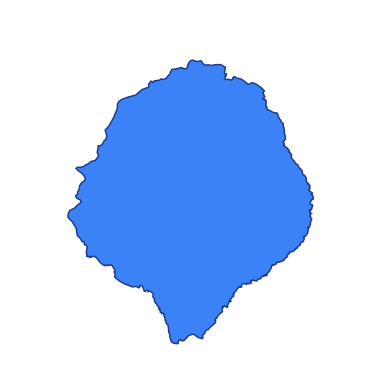 the district of Gaua, Torba, Vanuatu, rotated 313°
{"feature_id": "77236927B45015777626882", "entity_name": "Gaua", "entity_type": "district", "adm_level": 2, "iso_a3": "VUT", "parent_name": "Vanuatu", "parent_adm1": "Torba", "projection": "orthographic", "projection_center": [167.515, -14.284], "detail": "fine", "context": "isolated", "style": "filled", "palette": "blue", "viewbox_px": 384, "rotation_deg": 313, "n_neighbors": 0, "source": "geoboundaries", "source_scale": "gbopen_adm2", "svg_char_len": 5994}
<svg xmlns="http://www.w3.org/2000/svg" viewBox="0 0 384 384"><g transform="rotate(313 192 192)"><path d="M224.4,84.7L218.1,80.7L213.7,78.4L211.3,77.4L208.0,76.8L205.4,77.6L201.7,80.7L192.4,84.1L183.7,86.2L178.0,86.3L174.9,91.6L171.4,93.2L169.8,92.7L167.1,93.6L164.9,93.8L163.2,93.2L161.5,91.9L159.1,94.2L157.9,94.6L156.2,95.9L154.6,99.1L150.6,99.6L148.7,99.6L145.7,97.5L141.6,96.8L138.3,95.5L136.6,95.4L134.3,93.8L131.8,91.2L130.1,91.2L130.0,94.3L130.6,98.8L130.3,101.4L129.6,103.9L128.2,105.6L123.1,104.9L120.2,105.5L116.8,107.7L114.1,108.3L112.6,109.6L109.7,109.6L108.8,112.0L110.0,115.4L109.3,117.7L107.5,117.8L104.9,117.2L99.7,117.0L95.2,115.2L91.7,116.2L89.1,118.4L88.4,123.0L88.7,124.9L87.9,126.7L86.6,131.9L81.9,137.8L81.9,142.5L80.7,145.3L81.7,146.3L81.9,147.6L80.9,148.2L80.1,149.4L81.0,150.5L80.6,152.6L75.6,156.1L73.4,158.8L73.7,159.0L73.4,159.2L73.8,160.2L74.2,160.2L74.7,161.3L75.8,161.9L74.9,162.1L78.2,164.1L78.6,165.8L78.8,166.7L77.8,173.4L78.3,178.0L79.4,178.1L79.5,179.1L80.0,179.8L81.4,180.5L81.5,181.4L83.3,181.9L83.7,183.8L82.4,188.6L81.7,189.5L81.1,189.8L80.4,189.6L80.5,190.4L79.4,191.8L77.2,193.4L77.0,195.1L77.6,200.6L78.9,205.8L79.8,207.7L80.1,207.6L80.6,208.3L80.3,208.9L82.1,213.3L84.8,215.5L85.5,218.2L86.2,218.7L87.2,218.3L87.8,217.6L89.0,218.8L89.2,220.0L88.9,221.0L86.9,224.7L87.3,225.6L89.2,225.8L89.7,226.7L89.1,228.0L90.8,228.3L91.3,233.0L88.9,234.6L88.4,235.5L88.6,236.6L87.7,238.1L86.9,238.6L85.9,240.8L86.0,242.7L85.4,243.6L85.3,245.6L84.6,246.4L85.3,246.8L85.1,247.3L84.5,247.8L84.4,248.7L83.9,249.0L83.6,248.6L83.6,249.8L82.5,250.8L83.0,251.4L82.5,252.4L82.6,253.1L83.8,253.3L83.6,254.8L82.8,255.2L81.7,257.7L79.9,259.7L79.7,261.1L78.6,262.3L78.1,265.4L77.5,266.4L73.4,270.8L73.1,272.6L71.5,273.7L68.6,278.4L68.4,280.1L68.9,280.8L68.9,281.7L70.7,284.4L71.7,285.0L72.4,284.9L73.3,283.8L75.6,283.8L76.1,284.1L76.3,284.7L76.2,286.2L78.1,287.5L80.0,287.3L81.1,287.7L84.1,287.3L87.9,289.0L89.2,290.4L89.8,295.6L91.6,299.4L92.9,299.4L94.1,297.7L97.4,297.6L99.5,296.8L101.2,296.8L102.3,297.7L104.7,297.5L112.1,298.2L113.6,297.6L113.8,296.5L114.1,296.5L115.1,295.6L115.8,295.5L116.1,296.0L116.9,296.2L117.7,295.7L120.5,295.4L122.4,295.4L124.7,295.9L125.6,295.7L126.4,294.2L127.3,293.4L128.7,293.6L128.6,292.6L130.8,293.4L131.1,293.8L131.0,294.9L131.7,296.3L132.0,295.9L132.6,296.0L132.5,295.6L136.8,294.1L138.8,294.9L138.8,294.0L138.0,293.6L139.7,293.0L140.7,293.5L142.6,292.9L143.4,293.4L144.5,293.5L144.8,292.7L145.5,292.4L145.2,292.2L146.2,291.8L146.4,291.3L147.5,291.8L148.9,291.3L149.9,291.7L150.8,291.2L154.4,291.2L154.7,291.7L155.4,291.8L155.4,292.4L156.0,292.5L156.1,292.9L156.6,292.9L157.1,292.0L158.0,292.0L158.7,291.4L160.5,292.3L161.6,294.8L162.2,294.9L162.2,294.1L162.6,294.2L163.2,295.7L164.5,296.7L166.0,297.3L167.0,295.6L167.6,296.2L168.3,295.8L168.5,296.3L169.0,296.4L169.8,298.5L170.4,298.8L171.0,299.9L172.4,299.8L173.9,300.1L175.6,301.4L177.4,300.5L178.5,301.3L179.0,301.3L179.1,301.9L179.5,302.1L180.6,301.6L181.2,303.2L182.0,303.6L182.6,303.5L182.3,302.4L182.5,302.2L187.0,302.8L188.0,302.1L190.7,301.7L191.4,301.1L193.7,300.3L193.8,301.3L194.4,301.2L194.9,302.0L196.9,302.5L196.9,302.1L198.1,301.9L200.4,303.8L202.6,304.9L203.6,304.8L203.9,305.6L204.4,305.8L207.2,305.4L209.7,305.9L210.6,305.2L210.6,304.8L211.7,304.6L213.4,305.2L214.8,304.2L216.0,305.6L217.1,306.2L219.1,306.5L219.5,306.2L219.8,306.7L220.6,306.7L222.0,306.4L222.2,307.2L225.2,306.6L226.7,307.2L227.8,307.0L229.1,306.2L231.5,307.1L234.2,306.1L235.3,304.9L235.0,304.5L235.4,304.1L236.3,304.3L237.0,305.0L239.4,305.0L241.6,304.1L242.6,303.6L243.1,302.8L244.4,302.4L244.5,301.5L245.0,300.9L246.2,302.0L246.8,301.3L248.9,300.8L250.7,299.4L250.9,298.9L252.8,298.6L253.9,297.9L254.1,296.6L254.9,295.3L254.5,294.8L254.6,294.4L255.8,294.5L256.9,293.6L257.7,293.8L257.2,292.7L258.4,291.8L258.1,291.1L258.8,290.4L259.4,290.2L260.2,291.3L262.3,290.7L262.4,290.2L264.2,289.6L264.7,288.7L263.8,286.5L264.8,285.7L265.8,285.2L266.7,285.3L268.1,284.7L268.6,284.8L268.9,285.5L270.2,285.1L270.7,283.9L271.8,282.7L272.0,282.1L271.7,280.8L272.3,281.1L273.5,280.5L272.8,277.3L273.0,276.3L273.3,275.8L274.4,276.1L275.1,275.9L276.0,274.4L276.4,274.5L276.5,273.8L277.2,273.4L276.9,272.0L277.4,271.9L277.5,271.4L277.0,271.2L277.6,270.5L277.3,269.8L277.5,268.7L279.9,266.4L280.3,264.9L280.8,264.5L280.6,263.2L280.9,262.7L280.3,261.8L280.8,260.3L282.4,258.5L282.9,256.8L282.8,253.3L283.8,251.8L284.0,251.0L283.6,247.8L284.3,246.0L284.4,242.5L285.2,240.9L287.0,239.4L287.7,236.7L287.3,235.5L288.8,234.8L288.4,233.3L288.9,233.0L289.1,230.6L288.5,229.9L288.6,228.7L289.1,227.9L288.5,227.6L290.3,226.4L290.5,224.8L294.2,224.2L296.2,222.6L298.0,219.5L299.4,218.4L300.3,216.8L301.6,215.8L302.1,214.2L304.0,212.4L304.3,210.9L304.1,208.8L305.0,208.1L305.1,206.4L305.7,204.8L306.7,202.5L307.6,201.5L307.6,199.8L306.4,198.8L304.9,195.2L305.1,194.4L304.2,192.6L304.3,192.0L303.6,191.3L304.1,190.2L304.0,189.5L305.2,189.0L305.4,187.4L306.9,185.9L307.8,185.5L309.3,183.7L308.9,183.4L309.0,182.7L309.5,182.6L309.2,181.6L308.7,181.6L308.5,180.2L308.9,180.0L310.7,180.4L311.6,180.0L311.8,178.7L312.8,177.0L313.0,175.7L313.9,176.1L315.2,176.1L315.5,172.5L315.2,172.2L315.6,170.8L315.1,169.8L314.9,166.3L313.1,161.5L308.9,159.7L309.0,157.3L308.3,151.7L307.7,150.0L306.0,147.5L305.5,144.6L304.8,144.0L303.7,144.3L303.1,144.0L302.9,144.4L302.0,144.5L301.9,145.0L300.2,144.0L300.3,143.4L299.8,143.0L299.0,141.4L297.0,139.8L297.6,138.2L298.3,138.2L300.5,136.6L300.4,137.5L301.8,136.7L301.0,135.5L301.2,134.6L306.0,131.3L304.7,126.1L301.5,122.7L297.5,119.6L296.0,116.8L294.1,115.9L293.3,112.8L294.2,109.4L293.2,108.3L291.1,107.1L289.8,104.9L289.4,103.2L287.5,101.5L284.5,101.5L282.2,102.2L280.2,103.4L278.2,103.7L276.7,102.3L276.2,100.3L275.0,98.7L272.2,97.2L268.1,93.8L265.6,94.2L263.5,95.2L257.2,95.5L255.7,94.9L254.5,93.9L253.5,92.2L251.4,91.9L247.7,88.7L245.6,88.7L245.0,86.3L242.3,86.8L241.7,86.6L239.6,88.7L238.8,88.9L237.9,88.1L232.8,85.6L224.4,84.7Z" fill="#3b82f6" stroke="#1e3a8a" stroke-width="1.5"/></g></svg>